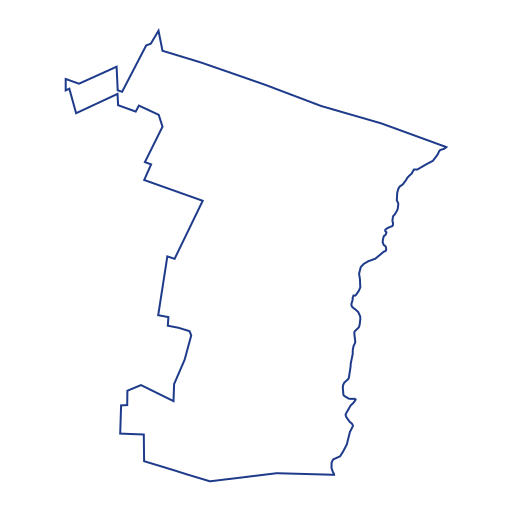 outline of Windsor, Vermont, United States of America
{"feature_id": "52423323B43011596920250", "entity_name": "Windsor", "entity_type": "district", "adm_level": 2, "iso_a3": "USA", "parent_name": "United States of America", "parent_adm1": "Vermont", "projection": "robinson", "projection_center": [-72.472, 43.592], "detail": "fine", "context": "isolated", "style": "outline", "palette": "blue", "viewbox_px": 512, "rotation_deg": 0, "n_neighbors": 0, "source": "geoboundaries", "source_scale": "gbopen_adm2", "svg_char_len": 2256}
<svg xmlns="http://www.w3.org/2000/svg" viewBox="0 0 512 512"><path d="M446.3,147.1L381.3,123.4L321.1,106.0L264.9,84.7L201.6,62.7L162.5,50.8L158.5,30.7L150.8,43.7L146.2,45.4L122.1,91.8L117.7,90.3L116.6,66.7L79.0,83.7L65.7,79.0L65.7,90.4L69.3,88.7L76.1,113.2L117.5,93.9L118.1,105.2L135.7,111.6L138.9,105.6L158.7,114.8L162.5,126.7L144.9,162.1L151.1,164.4L144.2,180.0L202.7,200.8L174.6,258.8L167.3,256.4L166.2,263.8L158.2,315.2L168.4,317.1L167.8,325.7L178.6,327.8L189.6,331.2L191.2,335.5L184.6,359.8L174.1,384.1L173.5,401.1L141.0,385.1L127.4,390.7L127.2,405.1L121.1,405.4L120.2,433.6L143.8,434.5L144.1,461.2L175.4,470.7L187.9,474.7L209.9,481.3L276.8,473.2L334.1,474.8L334.1,474.6L333.9,473.7L332.7,471.6L331.5,468.0L331.6,462.7L332.8,460.0L333.4,459.3L340.1,456.3L343.1,451.5L346.8,444.5L349.9,432.0L352.9,426.1L352.8,425.1L351.9,423.7L349.5,421.6L346.4,417.2L345.7,415.5L345.6,414.7L346.2,413.1L347.4,411.1L350.2,406.2L351.0,405.1L353.0,403.3L355.2,400.5L355.6,399.4L354.5,398.8L350.5,398.9L348.7,398.6L344.1,395.8L343.5,394.9L343.3,393.9L342.8,387.4L343.1,385.2L344.2,382.7L348.1,379.2L348.8,378.0L349.9,371.1L350.6,366.4L350.7,363.8L352.4,355.5L352.7,354.2L352.8,349.6L353.6,345.9L355.0,343.1L355.3,341.9L354.3,333.5L354.4,332.1L354.8,331.2L358.3,327.9L359.1,326.8L359.7,324.3L360.3,319.2L360.3,317.3L360.1,316.2L358.2,312.0L355.8,309.8L352.5,307.3L351.5,305.6L351.4,304.0L352.7,299.6L352.7,297.6L353.5,295.5L355.2,295.6L356.0,294.9L358.9,290.7L360.3,287.3L359.9,278.7L359.1,274.1L359.2,273.1L360.8,267.0L363.9,263.8L368.4,261.2L375.3,258.7L383.9,251.6L385.2,251.1L385.3,251.1L385.8,250.7L386.2,249.6L386.0,247.4L385.9,247.1L385.3,246.1L383.7,244.9L382.7,242.4L382.9,239.5L383.9,236.0L385.6,234.8L386.4,232.6L386.4,232.2L385.3,231.2L385.2,230.1L385.5,229.6L386.3,228.8L388.7,227.5L392.3,226.1L392.9,225.1L393.0,222.9L392.4,221.1L392.9,217.0L393.5,215.6L394.5,214.8L397.0,210.7L397.7,208.9L398.1,206.1L398.3,203.7L397.6,201.8L396.8,200.6L397.1,194.9L397.2,192.9L398.4,188.6L399.9,186.3L402.3,184.8L403.6,183.4L406.2,179.8L407.2,177.9L409.7,175.3L411.5,173.8L413.9,169.5L417.3,169.5L426.8,164.0L432.8,160.9L437.3,155.0L438.0,153.8L439.0,151.5L440.0,150.2L440.8,149.8L443.6,149.0L445.2,148.1L446.3,147.1Z" fill="none" stroke="#1e3a8a" stroke-width="2"/></svg>